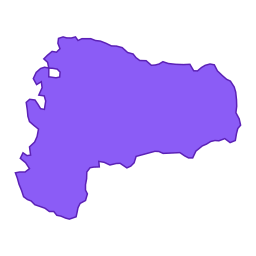 São Jorge, Rio Grande do Sul, Brazil
{"feature_id": "56859067B70326013254497", "entity_name": "São Jorge", "entity_type": "district", "adm_level": 2, "iso_a3": "BRA", "parent_name": "Brazil", "parent_adm1": "Rio Grande do Sul", "projection": "equal_earth", "projection_center": [-51.726, -28.505], "detail": "fine", "context": "isolated", "style": "filled", "palette": "violet", "viewbox_px": 256, "rotation_deg": 0, "n_neighbors": 0, "source": "geoboundaries", "source_scale": "gbopen_adm2", "svg_char_len": 1776}
<svg xmlns="http://www.w3.org/2000/svg" viewBox="0 0 256 256"><path d="M48.8,68.1L44.6,67.2L40.6,68.5L36.2,72.4L33.3,78.6L36.6,84.6L41.3,81.7L42.1,87.7L38.8,95.1L44.2,95.9L45.7,101.0L44.4,109.4L40.6,108.7L38.1,104.6L35.0,100.0L29.7,99.3L26.2,102.4L27.3,109.9L27.9,116.3L29.5,121.6L34.0,125.5L38.5,129.1L37.1,136.5L34.6,142.1L29.5,146.9L30.6,155.1L27.0,155.6L23.0,152.8L20.3,158.4L25.6,162.7L29.5,168.6L25.1,172.0L19.6,172.0L15.4,172.8L17.4,178.3L19.0,184.2L21.6,190.6L23.6,196.7L27.4,199.5L31.2,201.0L34.8,204.7L39.8,206.4L44.9,208.2L49.4,211.5L53.8,211.5L56.8,215.3L60.9,216.1L65.6,218.1L69.4,219.1L76.1,216.8L77.1,212.2L78.0,207.7L80.1,203.4L85.5,200.5L87.4,193.9L85.5,190.1L85.5,184.7L86.6,178.8L86.8,172.0L90.1,167.7L93.6,167.1L99.3,166.9L98.8,161.4L104.1,162.3L109.9,165.0L116.1,163.5L120.1,163.3L126.9,167.9L130.8,166.1L134.1,162.8L136.1,156.4L154.9,151.3L158.9,151.5L163.1,153.4L179.9,152.6L184.7,155.9L188.5,157.9L192.7,157.9L195.9,151.1L202.3,145.9L206.5,144.1L210.7,141.5L214.9,140.5L218.9,140.8L224.8,138.6L230.1,142.6L235.3,140.5L236.5,133.5L237.8,128.5L240.6,125.2L239.2,118.9L235.9,112.7L236.7,106.3L236.5,99.8L235.7,92.1L234.2,87.0L230.4,81.1L226.6,79.3L222.2,75.5L217.4,70.9L214.3,64.8L210.0,64.0L205.2,65.3L201.5,67.5L197.5,70.9L193.7,70.8L189.9,64.3L183.5,64.6L175.5,64.3L168.3,63.5L162.9,61.7L159.1,64.0L155.3,65.0L151.4,65.3L146.1,60.7L139.8,60.5L135.9,57.6L133.1,54.0L127.6,52.5L122.2,47.6L116.5,46.1L111.3,45.9L106.0,43.3L100.4,41.1L95.4,40.5L90.8,38.7L86.4,38.7L81.9,38.7L78.0,40.5L75.5,36.9L71.3,38.0L66.6,37.9L63.1,36.9L58.5,38.4L57.9,43.3L60.0,48.7L56.5,52.2L52.1,51.4L47.4,55.3L43.8,58.9L47.6,62.3L48.8,68.1ZM48.8,68.1L52.7,68.3L57.2,69.1L60.1,72.1L59.7,77.0L56.0,77.8L48.8,76.8L48.8,68.1Z" fill="#8b5cf6" stroke="#5b21b6" stroke-width="1.5"/></svg>